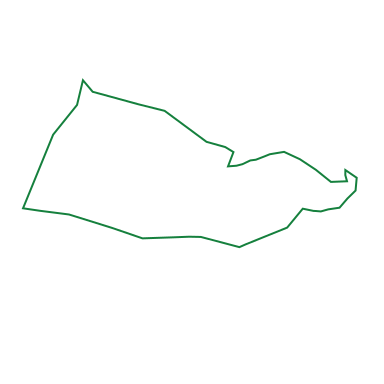 Onna, Akwa Ibom, Nigeria (Equal Earth projection), rotated 110°
{"feature_id": "59680162B70948216254513", "entity_name": "Onna", "entity_type": "district", "adm_level": 2, "iso_a3": "NGA", "parent_name": "Nigeria", "parent_adm1": "Akwa Ibom", "projection": "equal_earth", "projection_center": [7.835, 4.644], "detail": "fine", "context": "isolated", "style": "outline", "palette": "green", "viewbox_px": 384, "rotation_deg": 110, "n_neighbors": 0, "source": "geoboundaries", "source_scale": "gbopen_adm2", "svg_char_len": 690}
<svg xmlns="http://www.w3.org/2000/svg" viewBox="0 0 384 384"><g transform="rotate(110 192 192)"><path d="M265.1,345.2L261.6,328.2L255.2,299.9L253.1,255.0L252.5,222.7L240.8,193.6L235.0,179.4L231.2,168.3L227.6,128.6L222.8,123.6L192.9,90.4L169.8,82.2L168.2,71.3L167.5,69.1L166.2,64.3L161.7,58.0L156.3,48.0L144.9,43.7L134.7,38.8L122.3,42.1L118.9,55.4L123.7,53.7L128.9,50.0L135.0,64.9L129.5,81.1L128.8,83.1L124.3,101.8L122.8,119.2L129.9,131.8L133.6,135.9L139.8,143.0L142.4,148.0L148.6,154.1L152.1,159.2L155.6,166.9L140.3,166.7L138.4,176.1L139.9,195.5L125.1,245.5L127.9,272.3L131.8,319.6L124.3,332.7L149.5,329.8L185.6,342.1L265.1,345.2Z" fill="none" stroke="#15803d" stroke-width="2"/></g></svg>